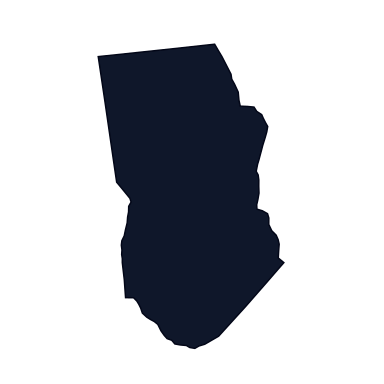 outline of Pacajus, Ceará, Brazil, rotated 257°
{"feature_id": "56859067B2750326720255", "entity_name": "Pacajus", "entity_type": "district", "adm_level": 2, "iso_a3": "BRA", "parent_name": "Brazil", "parent_adm1": "Ceará", "projection": "natural_earth1", "projection_center": [-38.522, -4.186], "detail": "fine", "context": "isolated", "style": "filled", "palette": "ink", "viewbox_px": 384, "rotation_deg": 257, "n_neighbors": 0, "source": "geoboundaries", "source_scale": "gbopen_adm2", "svg_char_len": 1250}
<svg xmlns="http://www.w3.org/2000/svg" viewBox="0 0 384 384"><g transform="rotate(257 192 192)"><path d="M102.5,265.6L108.3,261.2L114.8,263.1L121.6,265.2L126.2,265.2L131.0,264.3L136.3,261.0L143.1,259.5L149.4,261.0L153.9,260.7L157.9,256.3L160.7,251.4L165.1,252.2L169.6,254.4L175.8,257.0L182.4,258.3L188.7,259.8L193.7,260.3L197.7,259.2L204.4,262.2L208.4,264.5L212.2,266.5L216.7,268.9L221.5,271.4L228.7,275.6L233.8,278.4L238.8,280.5L243.1,279.2L248.0,278.0L251.7,277.3L256.0,273.2L260.8,271.5L262.9,265.2L264.8,258.3L271.0,258.4L278.9,259.5L287.5,257.7L293.0,256.1L298.0,256.5L317.3,251.6L324.4,249.3L330.9,247.3L337.7,190.5L345.0,131.1L300.7,127.6L241.7,122.7L235.6,122.2L218.5,120.8L212.6,123.8L199.8,130.1L195.9,130.4L192.3,127.1L186.8,125.7L182.0,123.6L176.5,121.9L170.2,118.7L164.5,116.1L160.3,112.7L156.1,111.2L151.2,110.7L146.9,109.4L142.7,109.1L138.9,108.2L121.8,106.3L104.0,103.5L102.1,111.3L98.2,113.7L94.6,114.9L90.4,115.9L85.2,116.4L80.2,119.8L77.1,122.9L74.3,126.1L70.7,128.9L63.6,130.6L58.5,132.7L54.7,134.8L52.1,138.9L47.8,141.1L45.6,146.2L43.7,152.0L41.0,154.8L39.0,159.6L40.4,164.2L40.8,170.2L42.8,176.7L45.5,185.5L68.4,218.5L87.9,245.5L93.6,253.3L96.8,257.7L102.5,265.6Z" fill="#0f172a" stroke="#020617" stroke-width="1.5"/></g></svg>